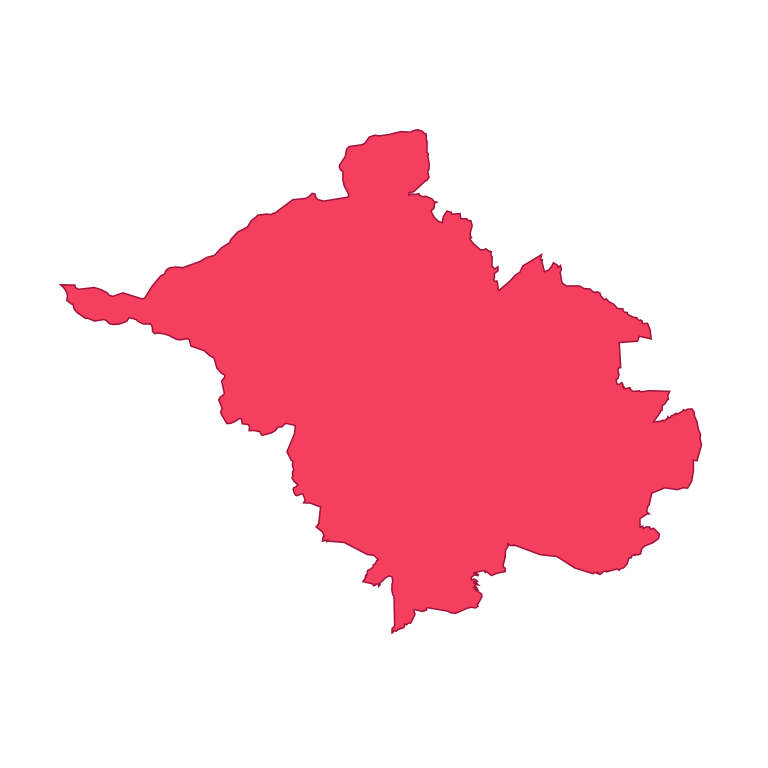 Zapotlanejo, Jalisco, Mexico, rotated 352°
{"feature_id": "50627088B58634544896561", "entity_name": "Zapotlanejo", "entity_type": "district", "adm_level": 2, "iso_a3": "MEX", "parent_name": "Mexico", "parent_adm1": "Jalisco", "projection": "mercator", "projection_center": [-103.045, 20.64], "detail": "fine", "context": "isolated", "style": "filled", "palette": "rose", "viewbox_px": 768, "rotation_deg": 352, "n_neighbors": 0, "source": "geoboundaries", "source_scale": "gbopen_adm2", "svg_char_len": 6157}
<svg xmlns="http://www.w3.org/2000/svg" viewBox="0 0 768 768"><g transform="rotate(352 384 384)"><path d="M460.5,142.3L458.8,141.5L457.0,139.0L452.8,136.9L447.9,137.2L445.8,138.4L435.7,136.4L423.6,137.7L413.3,137.6L409.9,136.4L403.7,137.4L398.5,143.0L395.6,144.0L382.5,144.0L379.6,146.4L377.2,153.4L370.7,160.8L370.0,162.8L370.6,165.7L372.9,168.1L371.7,176.1L372.1,181.9L375.3,191.2L375.1,192.9L373.7,194.0L349.8,194.5L344.0,192.1L342.6,189.9L341.9,186.0L339.3,185.3L335.5,188.2L332.0,189.3L319.3,188.8L299.3,199.8L298.4,199.4L295.6,200.5L291.8,199.4L282.2,199.2L281.4,200.4L275.3,203.7L270.7,209.5L260.4,213.1L252.6,219.4L250.8,222.5L241.9,226.5L234.1,233.0L226.0,234.0L218.7,237.1L200.9,240.8L193.9,239.1L188.1,239.1L185.0,240.4L183.3,241.9L182.3,244.4L177.7,246.0L168.2,254.6L158.7,266.0L155.5,265.7L138.1,257.4L127.7,259.5L124.3,258.0L122.3,254.9L116.6,251.0L110.4,248.1L95.1,247.8L91.8,245.7L91.6,243.0L77.6,240.7L80.8,245.0L82.7,249.5L82.8,252.9L81.5,257.0L85.6,261.3L87.2,261.9L87.5,266.6L89.9,270.4L97.5,277.5L99.6,277.6L106.3,281.4L115.6,281.2L117.4,282.1L120.5,286.1L124.1,287.4L130.1,287.8L136.5,286.5L138.2,285.9L140.8,282.8L147.6,285.6L148.8,287.6L153.9,291.0L161.5,292.2L162.5,295.4L162.1,299.5L163.9,302.2L167.6,302.1L172.5,303.6L177.5,305.8L184.8,311.0L188.3,311.9L195.7,311.8L197.3,313.2L198.2,319.7L210.7,326.0L215.3,331.7L219.3,334.7L220.7,345.0L224.6,350.8L227.7,353.2L227.3,354.8L223.6,358.6L224.6,370.9L224.1,372.0L219.7,374.4L218.1,376.9L220.3,385.4L218.4,389.1L218.5,390.7L222.8,401.3L226.5,401.7L231.8,400.2L235.8,398.2L237.9,398.4L238.0,403.6L244.4,405.4L244.7,408.6L243.9,411.4L249.3,412.1L254.3,414.0L255.9,417.9L265.4,416.9L269.9,415.0L272.9,412.1L277.4,412.2L279.4,410.1L281.7,409.4L289.9,412.5L290.1,415.3L288.1,421.4L278.5,437.5L281.5,446.6L283.1,447.6L281.9,452.1L282.7,456.3L281.1,458.4L280.9,462.1L279.8,464.5L281.7,468.4L284.7,471.7L282.2,473.8L280.2,474.1L279.4,475.5L279.8,478.8L280.9,481.7L282.2,482.5L287.6,481.2L288.4,481.6L289.8,488.1L287.8,490.5L294.2,491.6L304.1,497.0L299.9,513.2L296.9,516.1L302.2,521.7L302.9,523.4L303.5,526.9L302.3,527.0L301.3,531.0L305.4,530.8L305.4,531.9L306.6,530.6L306.7,531.8L322.5,535.4L343.8,550.6L349.9,552.1L354.1,557.3L352.3,557.8L350.3,560.9L348.4,561.4L347.9,563.4L345.5,565.2L341.8,566.5L340.4,570.8L339.3,570.7L338.6,572.9L339.2,573.0L335.6,576.7L345.1,580.5L345.6,582.3L347.6,581.9L347.8,581.0L350.7,581.4L350.5,583.7L352.1,582.4L352.1,580.8L359.3,575.8L362.8,574.7L365.3,576.4L364.9,582.1L364.1,582.9L363.1,589.2L363.4,594.0L364.3,595.5L360.9,625.1L358.0,627.3L357.2,631.6L358.0,631.6L359.4,629.7L361.8,630.5L363.4,629.2L369.9,628.0L371.2,624.4L372.7,625.6L374.8,624.1L377.1,624.6L382.6,616.5L382.1,612.1L382.8,611.5L390.3,614.6L394.6,613.8L394.8,611.7L396.4,611.7L415.5,617.8L418.4,620.0L423.2,621.0L435.5,617.6L439.5,617.2L443.0,618.5L446.2,617.3L445.7,614.6L446.9,614.3L451.2,608.6L451.5,605.7L445.5,600.2L446.5,599.3L448.1,600.5L446.9,597.5L444.7,597.8L446.8,595.3L449.5,596.1L447.5,593.7L445.3,593.6L445.5,592.3L449.0,592.7L448.5,591.4L445.9,589.6L443.5,590.6L443.3,587.9L446.8,585.7L450.4,586.9L450.9,586.3L450.0,585.0L446.0,583.5L456.0,582.7L457.6,583.3L458.0,584.6L458.7,583.5L463.8,588.6L470.7,587.0L477.9,586.7L478.5,583.5L476.6,581.3L476.8,580.0L479.9,572.4L481.3,565.4L484.9,561.0L483.8,558.6L486.6,561.5L490.2,562.1L490.3,561.5L492.2,562.4L514.7,574.7L531.2,578.9L547.4,592.8L564.8,601.0L566.4,599.8L569.9,601.8L569.8,601.0L571.2,602.5L571.8,602.0L572.4,603.0L572.2,602.3L575.4,600.3L578.4,600.2L578.4,601.0L589.1,599.6L591.1,601.2L592.5,599.8L595.6,599.4L599.6,596.2L602.3,590.5L604.5,590.6L605.3,588.8L607.9,587.9L609.2,589.1L608.8,588.1L609.5,587.7L611.7,588.5L614.3,588.0L616.5,582.9L619.7,580.7L627.9,578.7L634.0,575.6L634.8,574.4L635.7,570.8L631.0,564.4L627.9,564.9L627.1,562.5L623.7,562.0L620.7,563.3L620.5,560.8L617.7,561.5L618.7,552.9L626.5,549.3L628.5,549.5L626.4,547.0L626.8,545.6L628.0,542.1L629.6,541.0L634.0,529.4L647.6,525.9L660.0,529.5L666.1,528.4L670.1,529.4L675.0,523.4L678.5,512.5L679.7,502.5L683.3,503.6L689.9,488.6L689.4,481.7L690.4,477.7L689.0,472.5L688.7,464.9L687.0,458.9L687.3,455.0L685.5,451.5L680.8,451.2L678.6,452.3L677.0,451.1L675.6,452.8L669.2,454.7L668.8,453.6L665.9,455.4L664.1,455.4L663.4,456.7L661.2,457.2L660.6,455.9L660.0,457.3L656.2,459.7L655.2,458.6L651.9,459.4L645.6,459.1L653.7,450.5L654.0,448.9L655.6,449.0L656.5,444.2L659.6,442.6L662.2,439.2L663.5,438.9L663.4,434.9L665.9,431.0L645.3,427.5L639.4,427.6L636.3,427.1L636.0,426.3L629.6,426.0L627.2,423.6L627.0,421.8L622.3,422.2L620.6,421.5L621.4,420.5L620.2,419.6L620.6,417.7L619.5,415.6L617.3,417.2L614.7,416.4L614.5,412.0L616.3,411.3L618.0,407.5L617.6,402.0L619.6,400.6L620.7,400.8L622.7,375.7L641.2,376.9L643.4,372.2L654.9,376.6L655.1,367.5L653.4,360.6L648.6,360.1L648.3,357.5L647.1,356.3L645.8,356.8L643.6,354.6L643.7,353.6L639.8,352.4L635.0,348.9L634.8,347.0L632.2,346.5L630.8,344.3L631.1,342.9L625.7,341.7L622.5,336.8L618.3,334.0L615.8,330.4L614.9,331.3L613.1,330.3L611.0,326.9L610.5,324.0L607.8,322.2L606.4,322.9L603.5,321.5L601.2,318.5L595.4,317.4L591.2,314.1L578.4,312.3L575.0,309.3L574.3,308.1L574.0,298.1L575.5,295.3L575.3,291.2L572.8,292.8L572.4,290.8L568.7,287.4L566.3,291.0L563.0,294.0L558.5,295.2L557.4,284.7L558.1,283.1L556.8,283.2L556.6,281.9L558.1,277.8L537.9,286.4L534.1,292.2L529.2,294.5L522.9,299.7L510.7,307.4L509.9,304.8L510.6,303.9L510.2,297.7L508.0,297.7L507.1,295.7L508.3,293.8L508.6,290.1L512.6,287.8L513.2,283.7L509.8,285.5L507.3,282.2L508.8,273.4L507.8,270.8L508.6,267.9L505.9,266.6L503.7,264.2L501.4,265.1L498.1,264.4L492.1,257.6L489.1,252.1L491.1,251.1L490.2,249.5L490.4,246.5L493.4,239.3L492.7,234.3L490.2,234.0L488.9,231.9L483.1,230.9L483.0,225.8L474.5,225.3L474.6,223.4L470.4,221.5L466.0,226.5L464.2,232.2L460.6,230.6L457.0,226.1L454.8,220.0L455.9,217.9L457.4,217.6L458.2,216.3L459.2,211.7L462.4,211.4L459.2,210.7L457.2,207.3L451.5,203.9L448.5,203.9L445.4,201.9L445.1,200.4L441.0,200.6L437.5,199.6L434.8,200.4L435.5,197.9L440.1,197.8L453.4,188.6L454.6,188.6L457.3,185.7L456.8,179.8L458.6,177.3L459.4,172.0L459.1,165.3L460.0,162.0L458.7,160.7L460.5,149.7L459.9,148.6L460.5,142.3Z" fill="#f43f5e" stroke="#9f1239" stroke-width="1.5"/></g></svg>